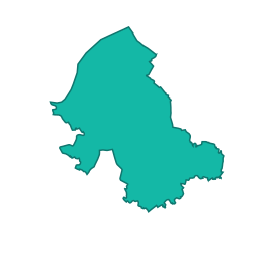 Yen Lac, Vĩnh Phúc, Vietnam, rotated 150°
{"feature_id": "81297802B65483274658502", "entity_name": "Yen Lac", "entity_type": "district", "adm_level": 2, "iso_a3": "VNM", "parent_name": "Vietnam", "parent_adm1": "Vĩnh Phúc", "projection": "robinson", "projection_center": [105.577, 21.22], "detail": "fine", "context": "isolated", "style": "filled", "palette": "teal", "viewbox_px": 256, "rotation_deg": 150, "n_neighbors": 0, "source": "geoboundaries", "source_scale": "gbopen_adm2", "svg_char_len": 5656}
<svg xmlns="http://www.w3.org/2000/svg" viewBox="0 0 256 256"><g transform="rotate(150 128 128)"><path d="M163.6,62.1L162.7,62.1L160.8,62.7L159.7,62.5L159.3,62.2L158.9,61.2L158.5,60.8L156.9,60.4L156.3,60.2L156.1,59.8L156.4,58.3L156.7,57.7L158.0,56.2L158.0,55.3L156.3,53.5L156.2,52.9L156.5,52.2L156.0,51.5L155.6,50.9L155.2,50.7L154.6,51.1L154.4,51.1L154.3,50.3L154.2,50.0L153.3,49.9L152.4,49.5L151.8,46.9L151.9,45.1L149.2,45.6L141.9,46.6L141.8,44.4L141.2,44.5L137.6,44.5L136.4,44.1L136.7,43.2L137.1,42.8L137.1,42.5L137.0,42.1L136.8,42.2L136.7,42.3L136.3,42.4L136.1,42.0L136.0,40.6L135.8,40.3L135.5,40.3L135.3,40.4L135.2,40.7L135.1,41.3L133.7,42.7L133.7,43.5L134.1,44.4L134.1,44.7L133.8,45.3L131.6,46.1L130.8,46.3L129.9,46.2L129.4,46.1L128.4,45.6L128.4,44.7L128.2,44.1L128.2,41.2L128.0,40.9L127.1,40.9L127.0,40.5L127.2,40.2L127.2,39.8L126.4,39.7L125.8,39.1L125.4,39.0L124.2,39.4L124.2,41.3L123.5,42.8L122.2,43.1L120.7,43.2L119.4,41.5L118.9,41.0L118.3,40.9L117.7,40.9L117.1,41.1L116.7,41.6L116.7,42.1L115.8,41.7L114.6,42.1L113.7,42.7L112.8,43.3L112.0,46.4L112.0,47.4L111.7,48.0L110.8,48.1L109.7,48.5L109.8,48.9L110.5,51.2L110.5,51.5L110.3,52.7L109.9,53.4L109.3,52.9L108.1,52.2L107.1,51.0L106.6,50.9L105.4,52.0L103.6,54.0L101.7,52.5L101.4,52.5L101.1,52.6L100.0,53.3L99.5,53.6L98.9,53.4L97.2,52.4L95.7,52.0L94.7,52.6L94.5,52.9L93.1,52.9L91.9,52.2L91.7,51.8L91.4,49.4L90.8,48.1L90.4,47.7L88.2,47.1L88.1,48.1L87.4,48.1L87.0,48.1L86.3,47.4L85.8,46.6L84.1,45.1L84.6,43.8L84.8,42.9L84.8,42.5L84.6,42.7L84.4,42.7L83.8,42.3L83.5,42.2L82.0,42.6L81.6,42.6L81.1,42.5L80.1,42.6L79.9,42.3L80.0,42.1L80.3,41.7L80.3,41.3L79.8,40.9L78.7,40.9L78.5,40.2L78.1,40.0L77.9,40.0L77.4,40.5L77.2,41.0L76.5,41.1L76.1,41.1L75.9,40.6L75.6,40.3L74.6,40.5L74.2,40.2L74.0,39.7L73.9,38.9L73.3,38.7L72.9,38.4L72.6,38.1L72.5,37.9L72.2,38.3L72.2,38.7L72.4,39.4L73.0,40.0L67.8,42.2L69.2,43.5L67.7,45.7L67.0,45.7L65.2,47.9L63.7,50.0L62.3,51.5L61.0,53.8L60.2,54.8L59.7,55.1L58.9,55.9L59.0,56.6L59.5,57.5L59.7,58.3L59.7,59.1L59.7,59.4L58.9,61.0L58.8,61.7L59.0,61.8L59.3,61.6L60.2,60.7L61.5,60.6L62.0,61.2L62.0,61.5L60.6,63.1L59.9,64.1L60.2,64.6L61.0,65.3L61.7,65.8L61.9,66.0L61.9,66.4L61.3,67.1L62.1,67.6L61.6,69.9L61.4,70.3L61.8,71.2L65.3,74.4L65.3,75.1L66.6,75.8L66.7,76.5L68.0,77.6L70.7,79.1L72.5,77.0L73.5,77.1L75.6,77.5L76.0,77.7L76.3,78.0L76.9,77.9L77.9,77.5L78.6,77.9L77.5,79.0L77.3,79.8L77.3,80.8L77.8,81.3L80.0,81.4L80.7,80.0L80.8,80.5L80.2,82.8L80.4,84.0L81.0,84.5L81.1,84.4L81.2,84.7L80.9,85.5L80.9,86.3L80.7,86.7L78.8,88.8L78.2,89.7L78.0,90.2L77.9,91.0L78.0,92.5L79.4,95.5L79.4,97.0L79.3,97.8L82.8,99.1L82.7,100.7L84.8,102.8L88.2,105.7L88.7,106.2L87.6,108.9L86.8,112.1L86.1,115.2L85.7,116.2L83.3,119.4L82.3,121.4L80.6,124.4L78.7,128.2L78.2,129.5L77.6,129.9L77.1,130.0L76.9,130.2L76.8,130.5L77.5,131.9L77.5,132.2L77.0,133.1L77.8,134.3L76.6,136.2L78.1,137.8L78.2,138.7L77.6,139.3L78.1,140.5L79.2,147.3L80.6,147.5L81.2,149.5L82.9,153.8L81.7,155.3L81.9,156.4L83.7,159.2L83.6,160.0L85.6,163.7L85.6,164.1L85.5,164.3L85.2,164.3L83.5,163.8L82.9,164.0L78.2,166.9L76.7,167.7L74.9,168.8L76.1,174.7L75.2,174.8L74.1,174.3L73.6,174.6L73.3,175.1L73.3,175.5L72.9,175.8L72.3,175.9L70.7,175.8L70.1,175.8L68.5,176.0L67.9,176.3L66.7,177.4L66.8,177.4L70.7,186.9L73.5,191.9L73.9,191.6L75.6,196.4L76.4,198.1L76.7,198.9L76.8,199.5L76.9,205.2L76.8,207.9L76.3,208.0L77.0,215.3L107.3,218.1L126.7,213.9L139.4,208.3L144.3,201.3L153.1,193.6L157.8,189.9L168.3,184.2L172.6,183.5L176.9,185.0L182.2,189.1L182.5,187.8L182.4,186.8L182.1,186.0L179.7,183.4L179.6,182.9L179.5,182.4L179.7,181.6L180.1,181.0L180.6,180.5L181.0,180.4L181.4,180.4L182.3,180.7L184.0,181.4L184.2,181.2L184.4,180.7L184.6,179.9L184.8,178.4L185.0,178.0L186.0,177.0L184.9,176.1L181.4,173.9L180.7,173.1L180.2,172.4L179.9,171.6L179.9,169.9L180.1,168.9L179.5,164.6L179.3,163.9L178.7,163.3L176.7,162.7L176.6,162.4L176.8,161.8L176.8,160.9L176.5,159.8L176.6,158.4L177.0,156.3L177.2,153.9L174.6,152.6L173.6,153.9L172.9,153.6L173.1,153.1L173.0,152.8L172.8,152.6L170.1,152.1L170.2,151.2L170.1,149.9L170.0,148.1L169.8,147.1L169.6,147.0L169.4,146.9L168.7,147.1L168.6,146.1L168.6,145.3L168.9,144.6L169.3,144.1L169.7,143.9L170.1,143.9L170.6,144.0L172.7,146.0L173.6,146.7L174.7,147.0L175.6,147.1L176.6,146.6L177.6,144.9L178.7,143.7L181.1,142.0L183.4,140.5L184.2,140.1L184.9,140.1L185.3,140.5L186.4,142.0L187.0,142.7L188.0,143.2L193.7,144.7L195.6,145.3L196.3,145.4L196.8,145.1L197.1,144.6L197.2,139.5L197.0,138.8L194.8,136.8L193.8,135.2L193.1,133.9L192.8,132.6L192.1,132.7L192.3,131.6L191.5,131.5L191.5,129.9L189.4,129.6L188.7,129.5L188.5,127.9L187.1,126.6L186.1,126.3L185.5,126.3L185.5,125.5L186.3,123.6L186.3,123.2L186.0,122.5L186.1,122.1L186.9,121.1L188.0,120.5L188.5,120.5L188.9,120.6L190.4,121.4L191.0,121.6L191.4,121.6L193.6,119.7L192.7,118.1L191.0,116.0L190.6,116.6L189.9,116.0L189.3,115.3L188.7,114.4L188.3,113.1L188.2,112.6L188.1,112.4L187.3,112.0L186.7,110.9L186.7,108.3L185.4,108.8L183.8,109.5L182.6,110.4L180.0,111.2L176.7,111.4L175.1,112.7L169.9,116.2L166.2,119.2L165.2,120.6L163.9,122.9L160.8,121.6L159.7,120.8L158.0,119.5L157.0,118.9L152.3,117.3L152.3,116.9L154.2,109.7L155.6,103.7L155.7,102.2L155.6,101.5L154.0,96.0L154.0,94.8L155.7,93.0L158.1,90.5L160.1,88.4L160.4,87.8L160.5,86.7L160.4,86.3L156.4,79.9L156.3,79.6L156.5,79.3L157.7,78.6L158.2,78.5L158.5,78.2L158.8,77.1L159.2,76.3L159.5,76.1L160.0,76.0L160.3,76.3L161.1,77.1L161.3,77.0L161.2,76.6L161.4,75.8L161.4,74.1L161.6,73.0L162.4,71.2L163.1,70.4L164.0,68.6L164.3,68.4L164.9,68.3L165.4,68.8L165.9,69.7L166.2,70.1L167.1,69.8L167.5,69.4L167.5,68.2L167.2,66.8L166.5,64.8L165.8,65.1L165.0,65.1L164.7,64.5L164.5,63.3L164.0,62.3L163.6,62.1Z" fill="#14b8a6" stroke="#0f766e" stroke-width="1.5"/></g></svg>